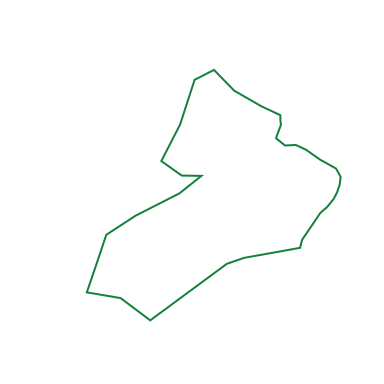 map outline of Tervetes (Robinson projection), rotated 333°
{"feature_id": "LVA-5739", "entity_name": "Tervetes", "entity_type": "Municipality", "adm_level": 1, "iso_a3": "LVA", "parent_name": "Latvia", "parent_adm1": "", "projection": "robinson", "projection_center": [23.354, 56.45], "detail": "fine", "context": "isolated", "style": "outline", "palette": "green", "viewbox_px": 384, "rotation_deg": 333, "n_neighbors": 0, "source": "natural_earth", "source_scale": "10m", "svg_char_len": 603}
<svg xmlns="http://www.w3.org/2000/svg" viewBox="0 0 384 384"><g transform="rotate(333 192 192)"><path d="M263.0,290.8L208.4,274.3L190.4,271.8L96.5,287.4L80.2,254.1L52.7,233.7L77.4,209.7L96.2,191.2L131.0,187.5L180.2,187.5L207.7,181.9L190.3,172.7L178.7,150.5L212.0,126.5L245.3,93.2L267.0,93.2L275.6,120.9L292.9,147.4L305.6,163.7L303.2,168.5L301.7,172.6L293.2,180.3L291.3,182.4L296.0,192.8L305.8,197.2L312.7,206.0L320.8,221.3L331.0,236.5L331.3,246.0L326.9,252.5L321.2,258.1L315.1,262.5L305.4,266.8L297.1,268.8L268.5,284.5L263.2,290.5L263.0,290.8Z" fill="none" stroke="#15803d" stroke-width="2"/></g></svg>